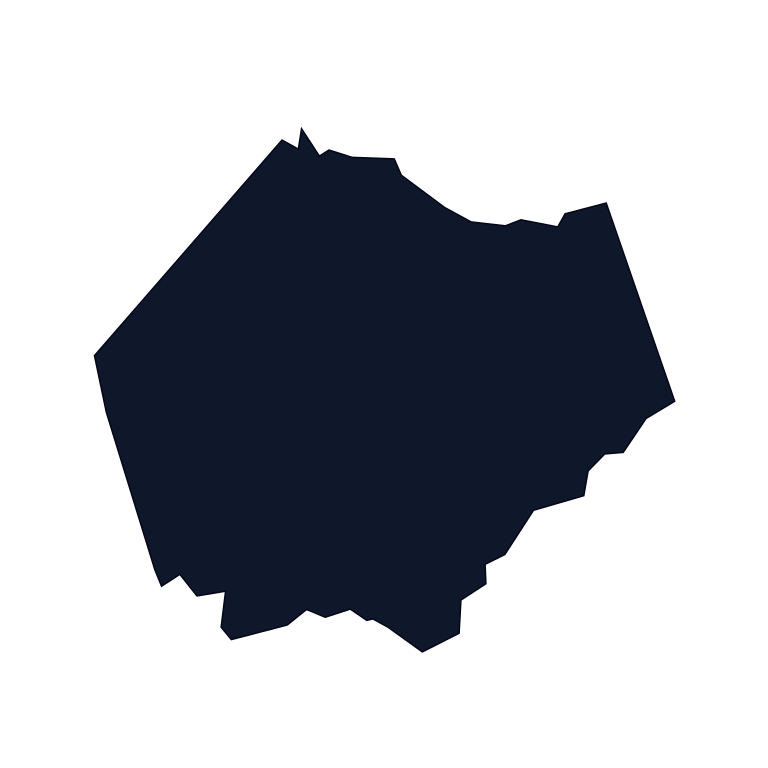 the district of Dinwiddie, Virginia, United States of America, rotated 164°
{"feature_id": "52423323B1471868518532", "entity_name": "Dinwiddie", "entity_type": "district", "adm_level": 2, "iso_a3": "USA", "parent_name": "United States of America", "parent_adm1": "Virginia", "projection": "natural_earth1", "projection_center": [-77.642, 37.072], "detail": "fine", "context": "isolated", "style": "filled", "palette": "ink", "viewbox_px": 768, "rotation_deg": 164, "n_neighbors": 0, "source": "geoboundaries", "source_scale": "gbopen_adm2", "svg_char_len": 711}
<svg xmlns="http://www.w3.org/2000/svg" viewBox="0 0 768 768"><g transform="rotate(164 384 384)"><path d="M601.2,180.4L543.4,179.0L520.6,188.6L504.8,176.0L478.5,176.9L465.7,161.5L459.4,161.2L447.2,149.1L421.0,115.9L380.5,123.7L369.6,155.1L341.1,163.9L336.5,182.8L314.8,186.8L275.1,221.4L222.7,221.6L211.8,244.1L191.1,255.9L172.9,252.3L141.6,278.6L109.3,287.3L120.5,496.7L163.0,497.7L173.7,487.1L207.1,504.1L223.8,502.6L255.6,515.8L277.0,536.9L309.8,579.9L312.1,597.6L352.3,610.7L372.4,624.1L383.3,620.9L392.9,652.1L401.6,633.4L414.8,646.6L654.5,491.1L658.7,433.4L655.5,269.2L653.6,250.9L632.7,257.3L622.2,231.8L593.4,228.5L607.6,195.1L601.2,180.4Z" fill="#0f172a" stroke="#020617" stroke-width="1.5"/></g></svg>